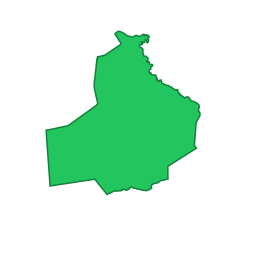 Macuelizo, Santa Bárbara, Honduras (Natural Earth projection), rotated 301°
{"feature_id": "27666195B20976347050961", "entity_name": "Macuelizo", "entity_type": "district", "adm_level": 2, "iso_a3": "HND", "parent_name": "Honduras", "parent_adm1": "Santa Bárbara", "projection": "natural_earth1", "projection_center": [-88.551, 15.242], "detail": "fine", "context": "isolated", "style": "filled", "palette": "green", "viewbox_px": 256, "rotation_deg": 301, "n_neighbors": 0, "source": "geoboundaries", "source_scale": "gbopen_adm2", "svg_char_len": 5570}
<svg xmlns="http://www.w3.org/2000/svg" viewBox="0 0 256 256"><g transform="rotate(301 128 128)"><path d="M73.3,157.4L73.3,157.6L73.5,157.9L73.9,158.2L74.4,159.3L74.5,159.4L75.0,159.4L75.3,159.6L75.7,159.8L75.8,160.1L76.5,160.1L77.1,160.6L77.4,160.5L77.9,160.5L79.3,161.2L79.4,161.3L79.4,161.5L79.4,161.9L79.5,162.2L79.3,162.9L79.3,163.2L79.4,163.7L79.6,164.2L80.1,165.2L80.3,167.0L80.6,167.5L80.8,167.8L80.9,168.2L80.9,168.6L81.2,168.9L81.5,169.3L81.5,169.5L81.4,170.2L81.8,170.7L81.8,171.1L81.9,172.0L82.9,173.8L83.1,174.5L83.5,175.5L83.8,176.1L83.9,176.3L84.5,176.5L84.8,176.4L84.9,176.9L85.4,177.1L85.6,177.4L86.3,178.2L86.6,178.4L87.0,178.5L87.8,178.5L88.1,178.7L88.4,179.0L88.7,179.2L88.9,179.1L89.1,179.0L89.3,178.8L89.5,178.4L89.9,178.1L90.3,177.8L90.9,177.7L91.8,177.6L92.3,178.3L92.8,178.4L93.2,178.3L95.6,181.0L96.9,182.0L97.6,182.3L98.4,182.5L99.8,183.1L100.8,184.5L101.2,185.0L102.0,185.7L102.6,186.2L104.5,188.0L104.7,188.3L104.8,188.5L115.7,181.9L146.0,197.0L147.2,193.9L167.2,183.9L168.4,183.5L173.5,183.4L174.9,183.4L175.6,183.3L176.3,183.0L177.4,182.1L178.0,181.9L178.4,181.0L178.7,180.6L178.8,179.9L179.0,179.6L179.3,179.4L179.8,179.1L182.8,178.2L183.3,177.8L184.3,176.8L184.5,176.4L184.8,174.1L184.7,172.2L184.7,171.2L184.7,170.7L184.6,170.3L184.3,169.9L184.0,169.5L183.8,169.2L183.7,168.8L183.7,168.4L183.9,167.9L184.7,166.1L185.2,165.1L185.6,164.5L185.6,164.2L185.5,163.6L185.2,162.9L185.0,162.4L184.7,162.1L184.4,161.8L184.2,161.7L183.8,161.7L183.6,161.8L183.4,161.8L183.2,161.7L183.1,161.4L183.0,161.0L183.1,160.3L183.2,159.7L183.3,159.1L183.2,158.2L183.3,157.7L183.6,157.3L183.6,157.1L183.5,156.9L183.0,155.7L183.3,155.7L183.6,155.5L184.0,154.9L184.3,154.3L184.4,154.0L184.2,153.5L184.2,153.4L183.9,153.1L183.9,152.8L184.0,152.6L184.3,152.3L185.1,152.0L185.5,151.7L185.8,151.6L186.0,151.6L186.3,151.3L186.4,151.0L186.3,150.7L186.1,150.3L185.7,150.2L185.4,150.0L185.3,149.5L185.1,149.1L185.0,148.8L185.0,148.6L185.0,147.3L185.0,145.7L185.2,145.2L185.4,144.9L185.5,144.8L185.4,144.5L185.2,144.1L185.2,143.7L185.2,142.7L185.1,142.2L185.2,141.5L185.3,141.0L185.2,140.7L185.0,140.3L184.6,139.5L184.5,139.1L184.2,137.7L184.1,136.4L184.0,134.2L184.3,133.6L184.7,133.2L185.2,132.9L185.3,132.7L185.3,132.4L185.4,132.2L185.9,131.8L186.1,131.8L185.8,131.2L185.7,131.0L185.3,130.6L185.2,130.6L184.7,130.7L184.4,130.5L184.0,130.4L183.6,130.2L184.0,129.8L184.3,129.3L184.3,129.2L184.0,128.6L183.9,128.4L184.3,128.2L184.5,127.3L184.6,127.2L184.8,127.2L184.9,127.4L185.1,127.8L185.3,127.8L185.6,127.3L185.9,126.6L186.2,126.1L186.5,125.4L187.0,125.2L187.3,125.0L187.4,124.8L187.6,124.3L187.6,123.8L186.6,123.0L186.2,121.9L186.1,120.9L185.9,119.5L186.0,119.4L186.7,119.4L186.9,119.4L186.9,118.9L186.6,117.6L186.6,117.2L186.8,117.0L189.3,116.6L190.2,117.1L190.5,117.1L191.0,116.9L191.8,116.3L192.1,116.2L192.7,116.3L193.7,117.0L193.9,117.0L194.3,117.0L194.6,116.8L194.7,116.6L194.8,116.3L194.9,116.0L194.8,115.8L194.5,115.1L194.1,114.6L193.9,114.1L193.8,113.6L193.9,113.4L194.0,113.3L194.7,112.9L195.0,112.6L195.6,112.0L195.6,111.6L195.5,111.4L194.4,110.8L194.2,110.5L194.3,110.2L194.6,109.8L195.0,109.7L195.3,109.7L196.4,110.0L196.7,110.0L197.5,109.7L197.8,109.4L198.0,109.2L198.1,108.9L198.8,106.8L198.8,106.6L198.7,106.2L197.9,104.8L197.8,104.6L198.9,103.2L200.0,102.3L200.8,101.6L202.8,100.5L203.2,100.1L203.4,99.9L203.5,99.4L203.7,98.2L203.6,96.5L203.8,96.1L204.2,95.8L204.5,95.6L205.0,95.5L205.3,95.4L205.6,95.5L205.8,95.6L205.9,95.8L206.3,96.6L206.6,97.0L206.9,97.2L207.4,97.2L207.7,97.1L207.8,97.0L208.0,96.7L208.1,96.4L208.0,95.8L208.0,95.3L208.3,95.1L208.6,95.1L208.8,95.2L208.9,95.6L209.2,96.9L209.4,97.5L209.7,97.8L210.1,98.1L210.3,98.2L211.4,97.5L212.4,97.4L212.7,97.4L212.8,97.7L212.9,98.1L212.7,98.7L212.4,99.2L212.3,99.3L211.3,99.8L211.0,100.2L211.0,100.5L211.3,100.9L211.6,101.0L212.2,100.9L212.9,100.8L213.7,100.5L214.1,100.4L214.3,100.1L214.5,99.7L214.7,99.2L214.9,99.0L215.3,98.8L215.6,98.8L216.2,99.3L216.8,99.2L217.2,99.0L217.4,98.9L217.5,98.7L217.6,98.3L217.8,97.7L217.9,97.3L217.5,97.3L217.1,97.2L216.9,97.0L216.7,96.7L216.8,96.3L216.9,96.1L217.2,95.8L217.3,95.6L217.3,95.4L217.2,95.2L216.9,95.0L216.0,94.6L215.5,94.6L215.4,94.5L215.4,94.3L215.5,94.1L215.9,93.9L216.3,93.8L216.4,93.6L216.5,93.5L216.5,93.3L216.3,92.9L216.1,92.8L215.3,92.4L214.5,91.9L213.4,91.6L213.0,91.4L212.7,91.2L212.4,90.6L212.0,88.7L211.5,87.2L211.1,86.8L210.7,86.5L209.1,85.6L208.5,85.3L208.3,85.1L208.1,84.8L208.0,84.6L207.9,83.2L207.7,82.5L206.8,81.1L206.7,79.6L206.9,77.5L207.0,76.4L207.0,75.0L207.0,73.9L206.4,71.0L206.0,70.2L205.9,70.0L205.7,69.9L204.7,69.2L204.0,69.0L203.4,68.7L203.0,68.5L202.5,68.4L201.9,68.4L196.7,78.9L193.7,77.7L178.6,70.7L178.5,70.4L178.3,70.3L178.0,70.2L177.6,70.1L177.4,69.9L177.3,69.7L177.2,69.3L177.1,68.8L177.0,68.7L176.8,68.6L176.4,68.5L176.1,68.4L175.7,67.9L175.1,67.1L174.1,66.5L173.9,66.1L173.6,65.3L173.5,65.1L173.4,65.1L173.0,65.7L172.8,65.8L172.3,65.8L171.7,65.6L171.3,65.8L171.3,66.3L171.2,66.4L170.7,66.1L153.6,73.9L149.0,75.9L146.5,77.4L145.5,78.1L142.9,80.4L133.9,89.0L132.7,89.5L130.8,89.1L99.1,75.4L87.6,63.1L84.0,59.0L78.0,63.1L38.1,91.1L43.0,96.9L67.0,125.9L60.2,144.3L60.4,144.4L60.8,144.7L61.1,144.8L61.6,144.8L61.9,145.0L62.0,145.1L62.2,145.3L62.4,145.9L62.6,146.2L64.2,146.8L64.5,147.1L66.0,148.0L66.3,148.1L66.8,148.2L67.0,148.3L67.2,148.8L67.5,150.0L68.0,150.6L69.2,152.3L69.7,152.7L69.8,153.1L70.0,153.6L71.0,154.3L71.5,155.0L71.9,155.1L72.2,154.7L72.4,154.6L72.7,155.2L72.9,155.4L73.1,155.6L73.3,156.0L73.4,156.4L73.4,156.6L73.3,157.0L73.3,157.4Z" fill="#22c55e" stroke="#15803d" stroke-width="1.5"/></g></svg>